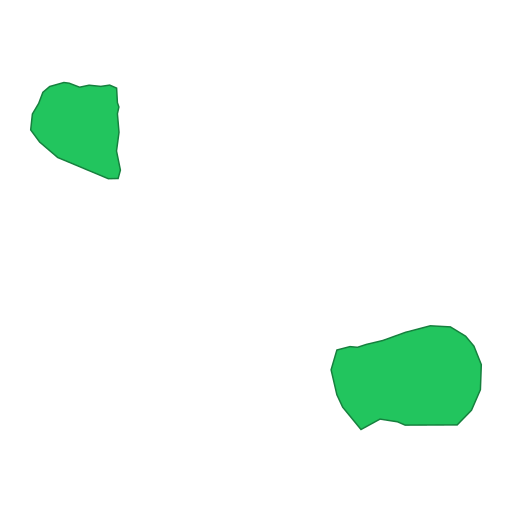 Faraulep, Federated States of Micronesia
{"feature_id": "79324940B34667662495204", "entity_name": "Faraulep", "entity_type": "district", "adm_level": 2, "iso_a3": "FSM", "parent_name": "Federated States of Micronesia", "parent_adm1": "", "projection": "robinson", "projection_center": [144.516, 8.594], "detail": "fine", "context": "isolated", "style": "filled", "palette": "green", "viewbox_px": 512, "rotation_deg": 0, "n_neighbors": 0, "source": "geoboundaries", "source_scale": "gbopen_adm2", "svg_char_len": 653}
<svg xmlns="http://www.w3.org/2000/svg" viewBox="0 0 512 512"><path d="M350.0,346.6L336.9,350.0L331.1,369.8L336.9,394.8L342.7,407.2L361.0,429.5L380.0,419.1L397.5,421.8L405.1,425.1L457.2,424.9L471.5,410.2L480.4,389.7L481.3,364.6L473.9,346.1L465.6,336.2L450.4,326.9L430.3,325.8L405.5,332.3L382.8,340.5L366.4,344.4L357.5,347.3L350.0,346.6ZM117.4,102.7L116.6,88.1L109.7,85.1L100.8,86.4L89.1,85.2L79.6,87.2L69.2,83.2L63.9,82.5L49.7,86.5L42.9,92.3L38.7,103.4L32.4,114.0L30.7,129.9L39.7,142.1L57.7,157.5L108.3,178.7L118.1,178.5L120.4,170.1L116.5,151.0L119.0,132.3L117.4,113.7L118.9,107.0L117.4,102.7Z" fill="#22c55e" stroke="#15803d" stroke-width="1.5"/></svg>